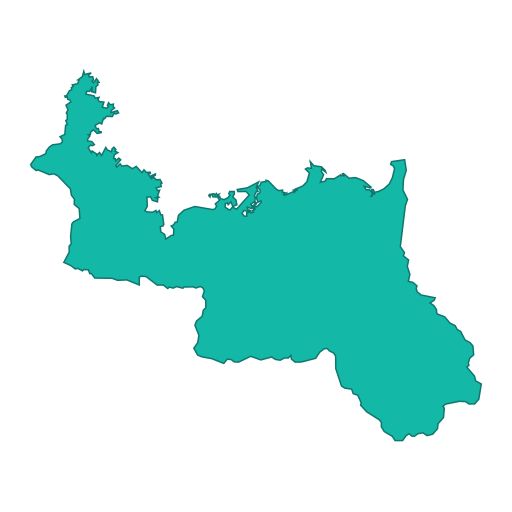 the district of Kankintú, Ngöbe Buglé, Panama
{"feature_id": "35544464B2015792153620", "entity_name": "Kankintú", "entity_type": "district", "adm_level": 2, "iso_a3": "PAN", "parent_name": "Panama", "parent_adm1": "Ngöbe Buglé", "projection": "orthographic", "projection_center": [-82.082, 8.823], "detail": "fine", "context": "isolated", "style": "filled", "palette": "teal", "viewbox_px": 512, "rotation_deg": 0, "n_neighbors": 0, "source": "geoboundaries", "source_scale": "gbopen_adm2", "svg_char_len": 5980}
<svg xmlns="http://www.w3.org/2000/svg" viewBox="0 0 512 512"><path d="M63.8,262.4L70.8,265.5L75.3,269.0L77.6,268.3L82.5,270.9L83.6,269.6L88.4,269.8L89.8,273.7L91.4,273.5L94.7,278.0L112.1,278.3L117.5,280.3L126.8,279.9L139.3,285.0L139.3,277.2L141.2,276.2L146.0,276.5L157.2,285.1L163.3,285.0L167.7,288.5L169.5,287.1L173.2,288.1L176.5,286.6L182.9,288.2L184.1,287.0L193.4,286.9L195.9,288.0L200.3,286.5L203.0,288.0L204.3,290.9L202.5,296.7L205.8,300.3L205.8,307.8L203.3,310.2L202.2,316.2L196.6,320.9L194.9,325.2L198.9,335.3L197.7,342.7L193.8,348.2L197.6,355.0L201.7,356.8L211.9,358.7L223.8,363.4L227.4,359.0L231.4,359.7L234.0,361.8L238.6,362.1L250.7,356.3L260.8,359.9L271.7,357.0L275.3,359.4L280.2,360.2L284.4,358.0L288.3,358.0L290.9,355.4L291.4,359.0L295.1,362.1L301.3,362.0L315.7,358.3L319.7,352.2L324.1,348.8L327.4,348.5L329.1,350.7L333.7,353.1L335.6,356.0L335.8,368.7L341.5,386.0L344.7,388.1L351.7,389.2L353.2,393.7L357.7,395.1L361.2,402.8L360.6,405.2L366.8,411.9L379.3,419.8L381.4,422.5L381.3,426.7L384.2,431.5L392.3,436.3L395.1,440.6L402.6,440.6L405.9,435.9L409.0,433.7L411.8,436.1L414.3,436.3L418.0,433.7L423.0,432.8L427.0,435.6L432.7,434.2L437.5,428.7L438.0,423.8L443.5,417.5L444.3,408.2L442.9,406.3L445.6,404.1L459.4,401.3L465.6,401.6L469.0,404.0L474.7,403.9L478.8,399.2L481.3,384.0L475.6,380.8L474.5,376.1L466.8,367.1L468.9,365.4L468.3,362.8L469.8,358.1L473.7,354.8L472.9,345.9L470.0,342.6L465.0,339.9L460.7,331.5L457.2,329.5L455.1,325.6L449.9,323.0L444.7,316.8L436.9,313.8L436.4,309.4L433.8,305.5L430.0,303.0L434.1,300.3L435.2,297.8L421.1,295.0L417.1,291.7L416.2,288.3L417.0,285.9L412.9,282.4L408.3,281.3L409.9,274.4L407.3,266.4L408.6,260.0L403.4,255.9L404.5,252.6L400.3,246.7L405.3,205.8L407.5,199.4L402.9,189.9L403.5,179.5L406.3,170.2L404.6,159.7L391.6,161.6L390.6,164.3L393.6,166.2L394.5,169.0L392.3,177.9L389.2,184.1L383.7,189.0L378.4,191.5L374.4,192.3L373.4,189.7L371.5,189.4L372.2,192.3L375.3,194.4L373.2,193.5L371.8,196.4L370.9,196.4L372.4,194.5L371.6,192.0L369.2,189.7L366.2,189.8L364.1,186.2L370.0,187.9L371.0,187.1L363.4,180.7L355.7,177.6L349.1,178.2L343.4,173.5L342.3,174.0L342.9,175.3L345.1,175.7L340.8,175.7L340.6,174.9L334.4,178.7L326.4,178.7L325.4,181.0L320.3,182.3L323.6,174.7L321.4,171.8L321.8,169.0L325.8,172.3L325.2,170.5L321.4,166.8L313.8,165.7L310.3,161.6L311.5,168.4L307.5,167.9L305.4,169.1L309.4,173.0L306.9,181.8L302.8,186.0L295.6,189.0L297.7,190.6L295.5,189.5L293.6,190.1L295.5,190.9L294.3,192.4L293.7,191.5L286.6,194.6L286.7,193.3L284.2,195.8L285.0,194.2L283.5,194.5L283.5,193.5L284.8,192.6L282.2,192.0L282.6,190.1L278.7,190.6L276.4,189.3L268.3,180.9L266.0,180.2L266.0,181.5L261.2,182.2L260.1,185.2L257.3,186.9L260.3,190.3L259.9,192.7L257.3,194.2L256.5,198.2L258.0,202.2L261.0,200.9L261.3,202.4L256.8,206.8L254.8,205.8L254.9,209.4L252.5,210.5L253.5,212.2L251.1,213.0L250.7,210.7L249.3,210.1L249.3,212.3L246.6,212.8L246.8,216.1L244.3,216.2L242.0,213.3L244.0,210.5L248.1,211.4L247.2,207.2L251.5,208.5L252.0,207.5L253.9,209.1L253.0,207.1L254.3,204.9L252.0,206.0L250.8,204.2L253.7,202.2L255.9,204.3L256.7,203.0L254.8,201.6L255.3,197.0L254.3,196.0L256.1,191.9L258.0,191.4L256.2,187.1L258.7,181.9L247.4,187.8L237.2,189.5L238.0,191.6L246.1,191.5L249.2,195.0L236.6,209.2L232.5,207.1L229.8,210.2L225.2,207.3L225.2,203.8L227.2,202.9L228.2,204.7L230.9,201.8L232.8,206.5L236.9,204.8L235.9,199.9L232.7,196.9L234.4,194.0L234.2,191.5L229.7,191.5L228.8,193.6L229.8,195.3L227.8,197.8L224.1,199.6L220.6,198.7L219.5,196.2L217.8,195.9L218.9,194.3L217.5,194.9L216.3,193.5L215.6,195.1L214.0,193.7L209.4,194.5L208.8,195.7L210.0,197.0L210.5,194.9L212.7,195.0L212.8,196.8L217.7,197.1L219.5,200.3L215.3,203.9L216.6,206.1L215.3,208.6L212.9,209.6L194.8,206.5L184.0,210.2L178.5,215.3L177.1,222.3L175.2,222.2L173.7,224.8L171.2,226.0L173.9,229.3L173.4,235.3L171.3,235.4L165.8,239.1L164.7,234.5L160.8,231.8L160.3,226.6L163.0,226.0L163.8,224.5L162.5,214.9L160.7,214.7L159.3,210.6L156.6,212.6L155.9,210.5L152.6,212.2L146.9,211.9L144.9,210.7L147.3,206.2L146.9,197.1L150.6,196.9L152.3,200.3L157.4,201.8L157.8,198.6L155.9,197.7L159.0,197.2L157.6,195.9L159.6,190.2L157.5,190.6L156.2,187.8L161.2,186.6L160.8,183.5L162.0,183.0L160.0,179.5L156.5,179.9L153.8,177.5L151.2,178.7L150.8,177.8L155.4,175.2L155.4,173.9L149.7,176.5L148.2,173.9L150.4,173.5L150.1,172.2L146.4,172.4L144.0,169.8L142.0,172.7L136.2,166.4L132.4,168.7L127.2,165.4L121.8,166.1L120.1,163.8L116.8,167.1L115.9,165.4L120.7,159.8L118.8,158.1L115.7,160.8L115.3,158.7L113.7,158.5L114.3,154.8L117.9,152.6L114.9,151.1L115.9,149.5L113.9,147.2L112.1,148.8L111.5,151.8L107.3,149.9L105.8,147.4L101.6,155.5L99.5,152.5L96.8,155.3L96.7,154.1L92.1,151.0L91.3,152.7L88.2,147.8L90.3,145.2L92.6,145.7L94.4,144.6L91.9,141.6L87.7,140.9L87.6,139.1L89.8,136.1L88.3,134.7L90.3,134.6L90.7,132.0L93.5,129.8L97.2,133.5L101.2,132.6L101.1,131.7L99.1,131.8L98.4,128.5L96.4,128.7L95.1,125.4L99.4,122.9L101.7,124.0L103.5,118.5L104.6,118.8L106.5,116.3L112.3,116.6L114.1,113.1L115.7,114.0L118.6,112.9L117.3,110.6L111.0,112.6L111.3,110.5L114.6,108.0L113.2,106.7L113.4,104.1L110.2,104.8L108.6,102.7L107.4,105.3L108.4,106.5L106.8,108.2L102.3,107.3L103.9,102.1L99.1,101.5L98.0,99.4L99.0,97.4L95.3,98.1L94.0,95.9L85.9,94.1L86.7,91.3L89.8,91.4L92.2,86.6L91.7,91.7L95.5,92.8L95.9,86.6L98.0,84.9L97.4,82.4L99.0,82.4L96.5,78.7L93.6,82.9L92.0,81.2L93.5,79.9L92.7,76.7L89.2,76.9L88.6,75.3L91.2,72.9L84.7,74.5L83.8,71.4L82.3,76.7L77.9,79.9L79.0,80.1L77.6,83.8L72.3,84.8L73.2,86.5L71.3,87.6L71.7,89.8L69.5,90.6L66.5,95.8L64.8,96.0L65.3,97.3L67.2,97.0L67.8,99.4L69.8,99.8L70.8,102.0L66.0,105.2L68.0,109.7L66.3,113.1L67.3,114.1L67.2,119.6L65.8,120.5L67.3,124.5L65.6,125.3L64.8,134.5L60.0,136.7L62.2,139.4L62.3,142.1L60.3,143.8L52.6,144.8L49.5,146.9L46.3,150.9L45.8,153.6L39.9,156.5L36.0,157.0L30.7,164.5L31.6,166.8L36.1,170.5L38.1,169.9L49.2,174.6L53.8,173.8L57.9,175.9L70.4,188.9L71.4,195.2L74.4,199.1L74.2,204.4L79.2,208.6L79.9,218.5L73.5,221.8L71.9,223.9L70.6,236.5L71.2,243.8L69.1,246.2L69.2,252.2L63.8,262.4Z" fill="#14b8a6" stroke="#0f766e" stroke-width="1.5"/></svg>